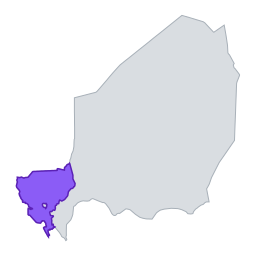 Niger, with Tillabéri highlighted
{"feature_id": "NER-4859", "entity_name": "Tillabéri", "entity_type": "Department", "adm_level": 1, "iso_a3": "NER", "parent_name": "Niger", "parent_adm1": "", "projection": "equal_earth", "projection_center": [2.123, 13.809], "detail": "fine", "context": "in_parent", "style": "filled", "palette": "violet", "viewbox_px": 256, "rotation_deg": 0, "n_neighbors": 0, "source": "natural_earth", "source_scale": "10m", "svg_char_len": 7444}
<svg xmlns="http://www.w3.org/2000/svg" viewBox="0 0 256 256"><path d="M209.1,201.9L206.5,201.9L205.1,202.5L203.2,204.4L201.1,205.1L198.6,206.8L197.1,208.1L195.6,209.1L193.5,211.7L192.9,213.6L190.8,214.0L187.9,213.7L186.1,211.7L181.8,209.7L179.0,208.9L177.7,208.6L171.2,208.3L164.3,209.1L160.8,210.0L160.2,210.2L158.2,211.5L156.5,212.8L152.1,219.1L146.2,218.9L142.7,218.2L139.7,217.2L135.4,214.3L130.2,209.8L128.2,209.2L126.4,208.9L125.8,208.9L119.7,213.4L118.5,213.3L117.0,213.8L116.1,214.9L115.4,215.4L114.6,215.5L113.7,215.3L112.7,214.6L111.7,213.4L109.2,208.4L108.6,207.6L107.5,206.1L105.7,203.8L104.4,202.7L103.7,202.5L102.8,202.6L97.8,200.7L92.8,198.6L91.8,198.9L91.0,199.3L89.3,200.8L87.3,201.1L84.7,201.0L83.3,200.8L81.0,201.3L79.5,201.9L77.5,203.0L75.0,205.8L74.2,206.1L73.6,206.6L72.8,214.4L72.1,216.7L70.8,219.8L68.2,222.7L66.5,224.5L66.4,226.9L66.3,230.9L66.3,233.6L66.4,235.3L66.1,236.2L66.0,236.9L66.1,238.1L66.5,238.6L66.8,239.4L66.6,240.0L65.8,240.6L64.9,238.9L63.7,237.6L62.4,237.1L61.5,236.2L61.0,234.9L59.4,232.5L55.4,227.7L55.0,227.5L54.4,227.3L53.3,227.9L52.6,228.7L52.1,229.0L51.4,229.1L49.6,229.7L48.1,230.5L48.1,231.1L48.8,234.8L48.4,236.8L47.8,235.8L45.6,232.1L44.1,229.4L43.9,228.8L43.7,227.8L43.8,227.4L44.4,227.2L45.8,226.8L46.0,226.5L46.1,225.8L45.9,224.4L45.1,222.5L44.3,221.2L43.9,221.0L43.1,220.9L42.2,221.1L40.6,222.6L39.8,222.9L38.1,222.8L36.6,222.5L35.7,221.7L32.9,218.6L29.9,215.4L28.6,215.0L28.3,214.6L28.1,212.2L28.2,209.2L28.3,208.4L29.6,208.9L31.0,209.1L31.4,208.5L30.3,207.5L28.8,206.4L28.2,204.8L27.7,204.2L27.1,203.7L26.3,203.4L25.4,202.9L24.9,202.4L24.0,202.2L23.0,201.9L21.7,199.3L20.4,196.7L19.6,194.7L19.3,193.5L19.7,191.4L19.3,190.6L17.8,188.5L16.6,186.6L16.9,183.6L17.2,181.1L17.2,179.5L17.4,178.6L17.5,177.6L18.4,177.3L20.5,177.3L24.5,177.8L27.8,177.3L28.0,177.2L30.3,174.5L32.9,171.7L36.7,171.4L40.8,171.1L44.1,171.0L48.9,170.8L52.7,170.6L57.1,170.4L57.3,169.1L57.5,168.8L58.0,168.7L61.2,169.4L64.3,170.1L64.5,167.7L67.2,164.6L68.8,164.0L69.1,163.5L69.6,162.4L69.9,160.9L70.0,159.7L70.6,158.8L71.0,157.1L71.6,154.1L73.1,150.9L73.9,146.6L74.0,142.5L74.2,139.3L74.6,138.7L74.6,133.1L74.6,127.5L74.5,122.8L74.5,116.9L74.4,111.7L74.4,106.1L74.4,101.1L74.4,97.8L77.4,97.0L80.6,96.2L85.3,95.0L90.3,93.7L95.8,92.3L97.0,91.4L101.2,86.6L103.0,84.5L106.7,80.2L109.5,76.8L113.1,72.6L116.9,68.4L120.0,65.0L124.7,61.2L131.9,55.5L139.1,49.7L146.3,44.0L153.4,38.2L160.6,32.5L167.7,26.8L174.8,21.1L181.9,15.4L189.2,17.5L196.1,19.6L203.1,21.7L204.8,22.8L208.6,26.9L213.5,32.1L213.9,32.2L218.4,29.1L224.2,25.1L226.1,35.9L227.5,45.3L227.8,51.2L227.9,52.8L228.4,53.8L229.5,54.9L234.2,63.5L233.3,65.0L234.0,67.7L235.2,68.8L239.1,74.0L239.6,75.0L239.4,75.8L237.0,81.9L236.6,83.4L236.3,91.1L236.1,96.6L235.8,104.1L235.5,113.1L235.2,120.7L234.8,130.8L234.5,140.4L230.9,145.6L224.5,154.9L219.2,162.5L216.6,167.6L211.5,177.6L209.3,184.0L207.5,187.4L206.6,188.8L207.5,193.6L209.1,201.9Z" fill="#d9dde1" stroke="#a8b0b8" stroke-width="1"/><path d="M55.0,227.0L54.8,227.3L54.4,227.4L54.0,227.4L53.9,227.4L53.7,227.6L53.5,227.9L53.4,228.1L53.2,228.1L52.9,228.1L52.8,228.3L52.7,228.5L52.5,229.0L52.4,229.1L51.9,228.9L51.8,229.0L51.6,229.1L51.4,229.2L50.7,229.3L50.5,229.5L50.4,229.6L50.3,229.4L50.2,229.3L49.9,229.3L49.8,229.6L49.7,229.8L49.5,229.6L49.4,229.6L49.2,229.9L49.0,230.0L48.7,230.0L48.1,230.2L48.0,230.5L48.0,231.0L48.2,232.0L48.7,233.9L48.7,234.1L48.8,234.2L49.0,234.4L49.1,234.5L49.3,234.5L49.4,234.8L49.4,235.2L49.1,235.1L48.9,235.3L48.8,235.6L48.7,235.7L48.6,235.8L48.4,235.7L48.3,235.8L48.2,236.0L48.4,236.6L48.4,236.8L47.7,235.9L46.6,233.8L45.5,232.0L44.5,230.0L43.9,228.8L43.6,228.2L43.6,227.6L43.8,227.4L44.7,227.1L44.8,226.9L45.0,226.8L46.0,226.8L46.3,226.8L46.4,226.6L46.3,226.1L46.4,225.8L46.3,225.6L46.1,225.3L46.0,225.2L45.9,224.9L45.9,224.7L45.8,223.5L45.7,223.2L45.5,222.8L45.2,222.6L45.1,222.4L44.9,222.2L44.8,221.7L44.4,221.1L43.8,220.9L42.4,220.8L42.1,221.2L41.9,221.4L41.7,221.3L41.4,221.7L41.2,222.1L41.0,222.5L40.8,222.8L40.6,223.1L40.3,223.1L38.5,222.9L37.1,222.7L36.6,222.5L36.2,222.3L35.2,221.2L34.4,220.3L33.2,219.0L32.9,218.6L31.8,217.4L30.9,216.4L30.1,215.5L29.7,215.2L28.7,215.1L28.3,214.8L28.1,214.5L28.1,214.1L28.1,213.8L28.1,212.6L28.1,210.7L28.1,209.1L28.3,208.3L28.6,208.4L29.7,209.0L30.5,209.3L30.8,209.4L31.1,208.7L31.2,208.4L31.5,208.5L31.7,208.8L32.0,209.0L32.4,208.8L32.1,208.4L31.9,208.2L31.6,208.1L31.0,208.0L30.8,207.9L29.2,206.9L28.7,206.5L28.5,205.9L28.4,205.0L27.8,204.2L27.0,203.6L26.4,203.3L25.8,203.4L25.6,203.4L25.3,203.2L25.1,203.0L25.1,202.9L25.2,202.7L25.2,202.4L23.1,202.3L22.7,202.2L22.5,201.7L22.6,201.4L22.7,201.0L22.8,200.6L22.7,200.4L22.4,200.3L22.3,200.1L22.1,199.8L21.6,199.4L21.4,199.1L21.2,198.8L21.1,198.5L21.0,198.3L20.7,198.0L20.6,197.9L20.6,197.7L20.7,197.4L20.7,197.2L20.3,196.8L20.1,196.6L20.0,196.2L20.0,195.9L19.8,195.7L19.6,195.6L19.5,195.4L19.5,195.2L19.6,194.9L19.6,194.6L19.4,194.5L19.3,194.3L19.1,194.0L19.1,193.7L19.5,192.8L19.5,192.6L19.6,192.0L19.7,191.8L19.8,191.6L19.8,191.4L19.2,190.2L17.1,187.8L16.9,187.5L16.5,186.6L16.4,185.6L17.4,182.1L17.3,181.5L16.9,180.4L16.9,179.8L17.1,179.5L17.3,179.3L17.4,179.1L17.4,178.6L17.3,177.7L17.3,177.2L19.3,177.6L19.8,177.6L20.3,177.5L21.2,177.1L21.6,177.1L23.8,178.1L24.0,178.1L24.4,177.9L24.8,177.7L25.3,177.5L27.4,177.4L27.8,177.3L28.2,177.1L29.4,175.6L30.3,174.5L31.5,173.1L32.4,171.9L32.8,171.6L33.3,171.5L34.4,171.4L35.7,171.4L37.1,171.3L38.5,171.3L39.9,171.2L41.2,171.1L42.6,171.1L44.0,171.0L45.4,170.9L46.8,170.9L48.1,170.8L49.5,170.8L50.9,170.7L52.3,170.6L53.7,170.6L55.0,170.5L56.4,170.5L57.1,170.4L57.2,170.2L57.2,169.5L57.2,169.1L57.3,168.9L57.6,168.7L58.2,168.7L59.9,169.1L62.5,169.7L64.0,170.0L64.4,170.1L64.5,167.9L64.6,167.4L65.9,166.4L67.0,164.8L67.5,164.4L68.6,164.2L69.2,163.8L69.5,163.2L69.7,163.4L72.9,175.2L72.9,177.9L72.9,178.7L73.0,179.1L75.1,183.5L74.8,185.8L74.4,186.4L74.0,186.6L73.9,186.7L73.7,186.8L73.6,187.4L73.4,187.6L73.2,187.8L72.1,188.5L71.6,188.5L71.4,188.6L71.2,188.6L70.8,188.9L68.9,191.1L68.4,191.8L68.4,192.0L68.3,192.3L67.8,195.2L67.7,195.6L67.4,196.1L64.8,199.3L64.3,199.7L61.9,201.0L61.6,201.0L60.1,200.2L59.8,200.1L59.7,200.1L59.5,200.3L59.3,200.9L59.1,201.4L58.8,203.0L58.8,203.3L58.7,203.6L58.2,203.7L57.2,203.7L57.0,203.8L56.9,204.1L56.6,205.0L56.3,205.3L55.8,205.4L55.5,205.5L55.4,206.1L55.3,206.5L55.2,206.9L55.2,207.2L55.2,207.3L55.3,207.4L55.4,207.7L55.4,207.8L55.3,208.8L55.0,209.6L54.8,210.2L54.7,210.3L54.4,210.3L54.1,210.1L53.7,210.0L53.0,210.2L51.8,211.5L51.7,211.5L51.4,211.6L51.1,211.7L50.6,211.5L50.4,211.5L50.1,211.7L50.0,211.9L49.8,212.1L49.7,212.3L49.7,212.5L49.7,212.8L50.5,215.4L50.6,215.5L52.8,215.8L53.1,215.8L53.2,216.0L53.3,216.3L53.3,216.5L53.2,216.6L53.0,216.8L52.5,217.3L52.4,217.4L52.1,217.6L51.9,217.8L51.7,218.0L51.5,218.3L51.5,218.7L51.5,218.9L51.5,219.1L51.8,220.4L51.8,220.6L51.8,220.9L51.8,221.2L51.7,221.7L51.7,222.2L51.8,223.5L51.8,223.9L51.9,224.1L51.9,224.6L51.9,224.8L52.5,224.8L52.7,224.7L52.8,224.5L52.8,224.3L53.0,224.2L53.2,224.3L53.3,224.7L53.3,225.2L53.3,225.8L53.5,226.2L53.8,226.4L54.1,226.5L54.6,226.9L55.0,227.0ZM44.6,203.6L43.9,203.4L43.3,203.4L42.8,203.6L42.5,204.1L42.4,204.6L42.5,205.2L42.7,206.0L43.1,206.6L43.5,207.1L44.0,207.4L44.5,207.5L45.0,207.5L45.4,207.5L45.5,207.7L45.6,208.1L45.7,208.4L46.0,208.1L46.2,207.8L46.5,207.1L46.7,206.3L46.8,205.5L46.8,204.9L46.8,204.4L46.6,204.2L46.2,204.3L46.1,204.1L46.1,203.5L45.3,203.5L44.6,203.6Z" fill="#8b5cf6" stroke="#5b21b6" stroke-width="1.5"/></svg>